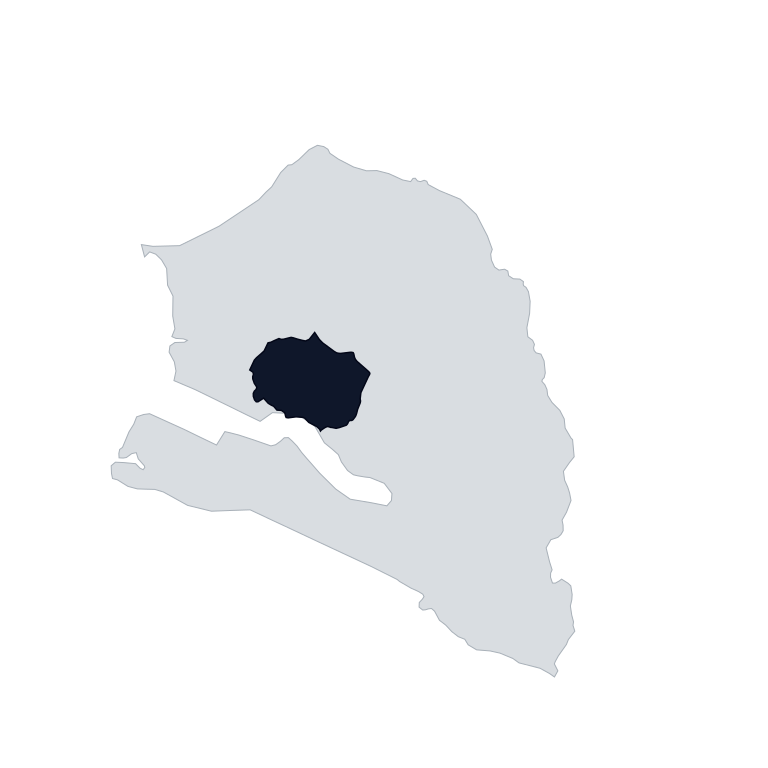 Kaffrine on a map of Senegal (Albers equal-area conic projection), rotated 25°
{"feature_id": "SEN-5516", "entity_name": "Kaffrine", "entity_type": "Region", "adm_level": 1, "iso_a3": "SEN", "parent_name": "Senegal", "parent_adm1": "", "projection": "albers", "projection_center": [-15.14, 14.22], "detail": "fine", "context": "in_parent", "style": "filled", "palette": "ink", "viewbox_px": 768, "rotation_deg": 25, "n_neighbors": 0, "source": "natural_earth", "source_scale": "10m", "svg_char_len": 4384}
<svg xmlns="http://www.w3.org/2000/svg" viewBox="0 0 768 768"><g transform="rotate(25 384 384)"><path d="M578.4,354.7L587.1,369.6L585.3,376.8L583.5,387.3L588.4,394.9L594.1,399.8L598.2,404.3L602.7,410.5L603.6,423.1L602.9,432.1L605.9,436.2L608.4,441.3L608.0,445.6L606.4,449.5L601.0,454.6L600.2,464.0L609.2,475.2L614.9,481.4L614.9,484.9L616.6,488.8L620.8,493.2L623.4,492.1L626.1,488.4L627.4,485.8L635.0,486.8L638.6,488.0L643.5,495.3L645.4,500.2L646.7,506.4L651.8,514.1L656.3,519.5L657.3,522.9L661.4,527.4L659.1,537.7L659.4,543.0L656.9,556.8L656.5,563.3L656.7,565.7L662.8,570.5L662.3,577.5L656.1,576.4L645.5,575.7L624.2,579.7L616.8,578.3L602.8,578.9L592.9,581.1L580.3,585.8L570.5,584.8L565.1,581.2L558.1,581.6L550.2,579.8L541.8,576.4L534.1,574.7L525.8,568.5L521.9,567.4L519.2,569.1L516.9,571.2L514.6,572.5L510.1,571.4L508.3,567.1L509.7,562.9L510.1,559.8L508.0,558.1L502.9,557.5L494.8,557.6L481.6,556.4L478.6,555.6L449.2,554.8L418.7,554.8L392.8,554.8L360.2,554.7L337.3,554.7L315.9,554.6L299.3,563.0L281.4,572.2L257.3,577.0L229.6,575.1L220.8,576.4L211.6,580.4L204.8,583.3L195.2,585.0L182.9,583.5L177.9,584.4L174.8,580.2L171.3,573.4L173.6,568.4L181.1,565.3L192.5,561.2L198.4,563.4L201.9,563.5L202.5,560.8L201.4,559.4L192.9,555.7L188.5,550.9L184.8,553.7L181.6,559.5L179.0,561.3L175.1,562.9L173.0,558.9L172.1,555.0L173.8,552.0L173.1,535.1L174.2,526.2L173.7,518.3L179.1,513.2L184.1,510.0L203.9,509.8L222.3,509.6L240.0,509.9L258.0,510.1L259.9,494.4L265.5,493.2L274.1,491.6L290.0,489.7L307.7,487.9L311.5,484.8L314.4,479.6L316.3,474.9L320.0,473.0L324.9,474.5L331.4,477.0L338.2,480.8L345.9,484.3L351.0,486.5L363.4,492.0L384.6,499.6L402.0,502.7L423.0,496.9L438.1,493.2L440.0,486.5L437.5,479.9L426.2,473.9L410.9,474.7L406.2,476.3L399.0,478.3L394.7,479.2L387.5,477.8L378.3,472.6L372.5,467.3L364.4,464.9L354.8,462.5L339.4,451.7L331.4,449.7L323.8,449.2L309.3,451.3L295.0,457.1L287.5,470.2L273.2,470.0L243.0,469.4L215.2,468.9L192.2,469.7L190.0,460.2L184.6,452.5L175.8,446.0L173.9,440.0L176.9,434.8L185.5,430.5L187.4,427.5L183.0,427.9L176.2,430.6L171.7,430.7L171.2,422.4L163.8,411.7L155.6,393.5L146.1,385.9L138.2,371.2L129.9,365.5L122.3,362.8L115.8,363.3L113.3,370.0L105.2,360.2L116.4,356.9L140.3,345.0L167.9,310.6L192.7,269.8L195.9,260.1L198.9,252.8L201.0,236.0L204.6,226.1L207.8,224.2L212.0,216.6L217.1,203.2L222.8,195.8L229.1,194.3L234.0,195.0L237.5,197.8L247.8,199.5L264.8,200.2L278.0,198.2L287.3,193.6L299.5,191.3L314.7,191.2L322.6,189.3L323.4,185.4L325.4,184.3L328.5,185.8L331.5,185.2L334.3,182.4L337.1,182.2L339.8,184.6L352.5,185.3L375.1,184.3L396.0,191.3L415.2,206.2L425.2,216.2L425.8,221.2L429.0,226.3L434.8,231.3L440.0,232.2L444.8,229.0L448.5,229.3L451.2,233.2L456.7,234.0L462.8,231.5L467.1,232.3L467.9,234.6L469.0,235.9L471.9,236.4L475.9,239.3L481.5,247.3L486.1,258.4L489.7,272.6L494.4,280.4L500.2,281.6L503.6,284.5L504.2,287.9L505.9,290.2L508.7,291.5L513.6,290.6L519.3,295.4L525.5,305.8L526.5,310.6L525.6,313.1L526.0,314.9L530.1,316.7L534.0,320.1L537.2,325.2L544.0,329.7L554.5,333.6L562.1,339.5L566.8,347.4L576.4,354.0L578.4,354.7Z" fill="#d9dde1" stroke="#a8b0b8" stroke-width="1"/><path d="M346.3,453.5L344.6,452.1L341.2,451.0L332.1,450.6L326.7,448.5L324.8,448.4L318.2,450.9L311.4,455.2L309.5,455.7L308.7,455.1L306.9,452.8L306.1,452.0L302.2,451.3L298.0,452.9L293.4,450.8L290.8,450.8L287.2,450.4L280.9,447.7L279.0,450.7L277.3,453.4L275.7,454.1L273.4,453.1L270.8,450.4L269.5,447.7L269.5,445.3L270.4,443.0L270.1,440.6L266.2,438.2L262.9,434.8L261.9,432.8L261.6,430.4L260.3,428.7L256.4,428.0L256.4,423.3L256.4,417.2L257.4,413.9L259.7,408.8L261.4,404.7L261.5,395.7L263.9,393.9L266.0,391.3L269.6,387.2L271.9,387.0L274.0,385.9L278.2,382.5L280.1,381.0L282.2,380.5L286.6,379.9L291.4,379.0L294.7,378.2L297.4,375.1L299.4,366.6L306.6,371.0L311.1,372.7L324.9,375.5L327.9,375.8L330.0,375.3L331.8,374.6L339.7,369.7L341.3,368.9L342.8,368.6L343.9,369.5L346.0,372.3L347.6,373.7L350.0,374.9L364.7,379.2L366.1,379.8L366.7,380.4L366.9,381.5L366.8,382.6L366.7,384.0L366.7,401.6L368.7,407.6L369.9,409.3L370.4,411.0L370.8,418.0L371.6,422.2L371.8,424.0L371.8,425.6L371.0,429.4L370.6,430.1L370.2,430.6L369.4,431.1L368.6,431.4L368.2,431.6L367.7,433.4L367.8,435.0L367.6,436.2L367.4,436.8L367.2,437.3L361.9,442.4L359.7,444.1L359.3,444.4L355.2,445.4L354.3,445.8L353.8,445.9L352.6,446.0L351.5,446.2L350.6,446.5L349.3,447.9L348.3,449.4L346.6,452.3L346.3,453.5Z" fill="#0f172a" stroke="#020617" stroke-width="1.5"/></g></svg>